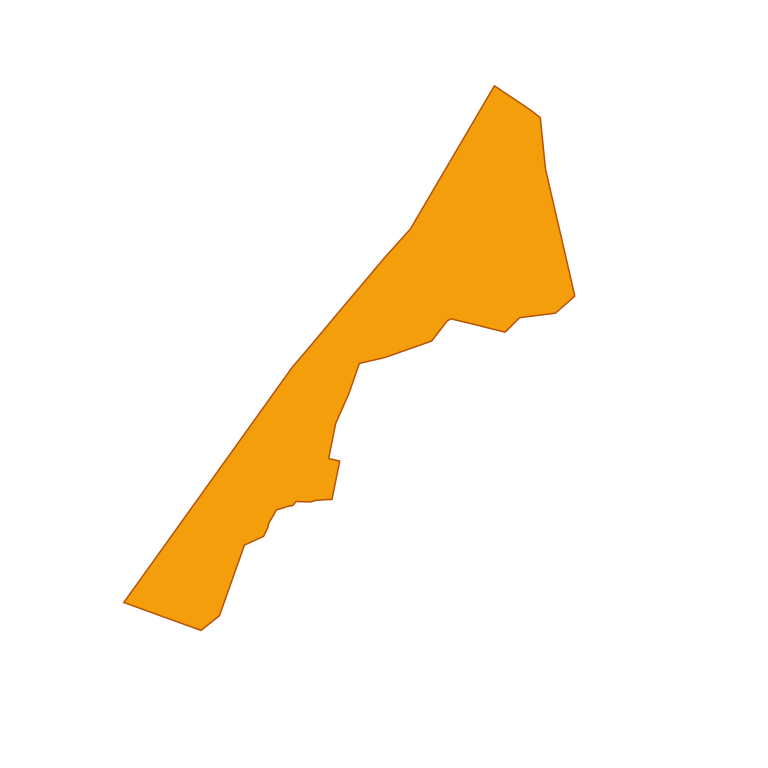 outline of Santo Antônio de Lisboa, Piauí, Brazil, rotated 208°
{"feature_id": "56859067B76948986204583", "entity_name": "Santo Antônio de Lisboa", "entity_type": "district", "adm_level": 2, "iso_a3": "BRA", "parent_name": "Brazil", "parent_adm1": "Piauí", "projection": "albers", "projection_center": [-41.218, -6.885], "detail": "fine", "context": "isolated", "style": "filled", "palette": "amber", "viewbox_px": 768, "rotation_deg": 208, "n_neighbors": 0, "source": "geoboundaries", "source_scale": "gbopen_adm2", "svg_char_len": 817}
<svg xmlns="http://www.w3.org/2000/svg" viewBox="0 0 768 768"><g transform="rotate(208 384 384)"><path d="M265.9,527.0L256.8,551.2L296.7,597.2L317.8,621.4L342.3,649.6L371.0,692.5L381.5,694.4L388.8,695.3L426.5,699.1L433.5,533.2L442.9,495.4L449.7,463.6L458.6,422.3L462.3,404.6L465.7,388.4L472.9,355.8L493.7,199.5L511.2,68.9L429.9,80.5L420.5,102.2L431.6,176.3L418.8,193.0L419.2,202.9L420.3,206.8L420.1,213.9L419.9,222.2L414.9,227.2L411.8,230.6L407.5,233.8L406.4,239.0L400.7,241.8L393.4,245.4L389.2,249.5L379.4,255.6L375.7,257.5L386.9,295.2L397.7,292.2L399.2,296.7L408.1,326.4L410.0,351.9L410.5,359.4L411.4,365.0L415.4,390.6L395.6,407.9L362.1,444.3L357.8,469.2L355.6,473.0L350.8,474.1L346.1,475.4L339.5,477.1L334.0,478.5L301.4,486.6L295.4,506.2L265.9,527.0Z" fill="#f59e0b" stroke="#b45309" stroke-width="1.5"/></g></svg>